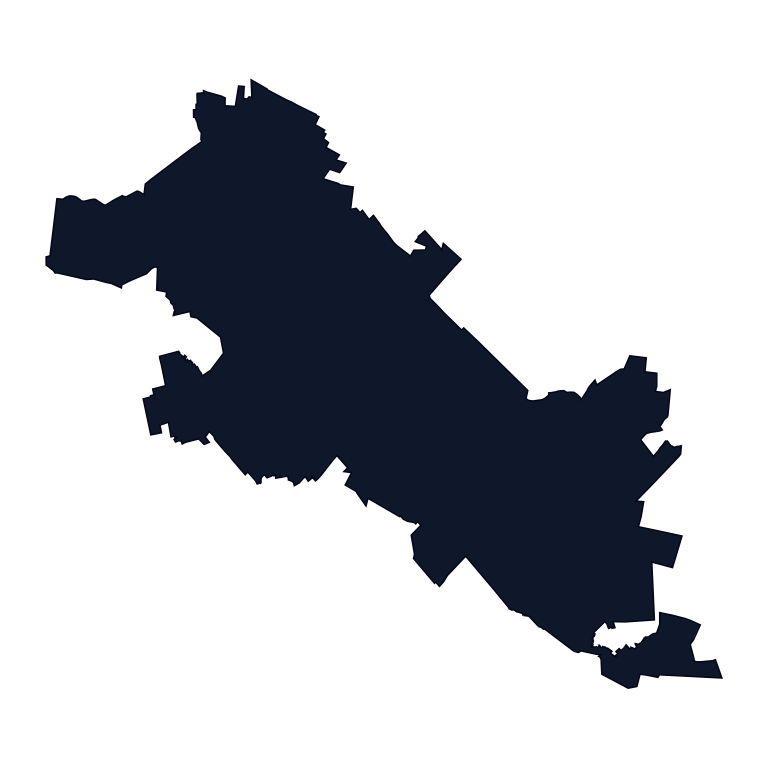 outline of Salto de Agua, Chiapas, Mexico
{"feature_id": "50627088B63649052199970", "entity_name": "Salto de Agua", "entity_type": "district", "adm_level": 2, "iso_a3": "MEX", "parent_name": "Mexico", "parent_adm1": "Chiapas", "projection": "natural_earth1", "projection_center": [-92.162, 17.435], "detail": "fine", "context": "isolated", "style": "filled", "palette": "ink", "viewbox_px": 768, "rotation_deg": 0, "n_neighbors": 0, "source": "geoboundaries", "source_scale": "gbopen_adm2", "svg_char_len": 6082}
<svg xmlns="http://www.w3.org/2000/svg" viewBox="0 0 768 768"><path d="M693.6,639.7L700.3,624.9L689.9,620.2L685.1,618.5L671.9,615.1L659.7,612.6L659.7,624.3L656.5,633.4L655.5,633.3L653.0,633.8L649.3,636.2L649.3,637.0L645.3,637.0L644.9,638.0L644.1,638.0L643.8,639.2L644.7,639.2L643.9,640.0L643.3,639.5L641.1,642.7L638.2,644.3L635.3,643.6L635.5,644.7L636.6,646.6L635.2,649.0L630.8,647.1L630.3,648.9L629.5,648.8L626.1,644.8L624.3,647.6L621.1,650.5L619.1,648.6L615.9,651.6L617.8,653.5L616.2,655.0L617.0,655.7L616.1,656.5L615.3,655.7L614.5,656.3L610.3,652.9L612.0,651.3L607.6,648.1L606.9,648.7L604.9,646.8L604.1,647.6L602.8,646.4L601.2,647.9L600.3,647.0L600.2,646.2L599.4,645.2L598.9,645.2L599.6,646.2L598.7,647.1L598.3,646.8L597.5,647.6L596.6,646.8L595.1,647.2L593.0,646.6L592.2,647.4L591.7,647.2L592.5,646.4L591.7,646.1L592.5,645.4L592.0,645.1L592.9,644.4L592.4,644.0L593.3,641.8L592.5,641.0L593.3,640.3L592.6,639.3L593.0,638.9L592.2,638.1L593.8,636.5L593.2,636.2L593.6,635.4L594.4,635.9L594.8,634.7L594.5,634.3L594.9,633.9L593.5,632.8L605.0,621.5L607.1,624.3L608.1,627.5L608.7,628.5L611.4,627.0L612.0,628.3L615.0,627.7L613.2,621.7L625.3,621.9L654.4,619.9L651.8,562.1L672.5,567.6L682.0,536.0L638.4,526.7L641.1,516.9L643.7,501.7L636.0,501.1L655.0,481.6L678.8,456.5L680.7,454.0L681.3,446.0L680.3,446.7L679.6,446.5L679.7,446.1L679.1,446.4L676.9,446.4L676.5,446.8L675.9,446.7L675.0,447.5L675.0,447.2L674.2,447.2L672.3,446.2L670.7,445.8L670.5,445.0L669.3,444.1L668.6,442.4L667.7,441.5L667.1,440.9L666.4,441.4L665.5,441.0L663.0,444.6L660.3,447.6L658.4,450.6L653.4,456.3L640.6,439.6L644.9,434.9L646.6,433.4L650.3,432.4L659.6,431.0L662.3,430.0L659.7,426.3L661.0,425.0L664.3,419.4L667.3,417.0L667.9,415.7L670.3,389.6L663.4,392.5L655.4,391.4L656.8,386.1L656.8,373.2L645.0,371.8L646.3,357.8L629.8,355.8L624.2,368.9L620.4,369.3L617.6,370.9L596.8,384.9L595.0,380.0L589.4,386.4L587.7,389.1L587.2,390.5L581.2,399.7L580.5,397.9L578.3,395.4L574.2,392.4L570.8,392.1L566.8,392.4L564.1,390.7L562.9,390.6L557.9,391.1L556.5,391.7L551.0,392.7L548.8,392.8L548.5,395.4L545.1,398.2L542.2,399.7L532.8,401.0L529.4,400.5L527.5,399.9L526.1,398.2L527.8,390.5L477.9,341.4L463.7,327.9L461.7,330.1L444.4,313.2L437.3,305.6L430.1,298.4L429.2,295.2L448.5,273.0L461.1,259.3L443.3,243.3L441.8,249.7L424.9,230.8L418.2,236.5L418.0,238.2L415.2,241.6L426.6,246.2L425.3,250.0L413.8,250.2L410.4,256.0L396.9,245.6L393.7,242.5L387.8,234.4L381.1,226.2L379.8,223.9L373.4,215.3L369.1,219.5L362.4,210.3L360.2,212.4L358.7,211.4L358.1,210.3L356.1,208.3L350.6,209.4L353.3,187.0L338.7,184.6L338.9,183.7L323.1,178.7L329.6,169.2L339.7,172.6L346.2,163.1L336.0,159.9L339.4,154.9L326.1,147.4L328.6,142.6L323.4,138.6L326.0,134.0L323.2,132.4L324.7,130.1L315.2,124.7L319.0,116.6L315.8,115.3L316.1,114.5L296.6,104.9L291.8,102.2L286.5,99.9L266.9,89.6L267.1,89.0L251.1,79.8L251.9,97.5L249.1,96.8L247.1,99.1L243.5,98.3L244.2,86.5L238.6,86.0L235.3,106.4L225.0,105.7L225.2,97.9L221.3,96.1L206.7,92.0L203.5,90.6L203.6,92.8L197.2,93.4L197.0,93.7L197.2,104.0L196.1,104.3L196.0,109.7L193.5,109.8L193.6,117.3L195.5,117.7L195.6,118.7L197.1,122.1L198.5,128.0L199.6,130.4L201.3,132.6L200.9,139.4L201.8,141.6L191.8,148.5L176.9,159.7L150.3,179.9L145.3,184.0L144.0,194.6L138.9,191.5L137.0,191.1L126.2,196.8L123.0,196.2L122.4,195.6L114.2,199.8L106.0,204.9L104.9,205.1L103.4,204.6L95.6,199.5L94.6,199.2L91.8,199.4L84.9,201.1L83.0,201.2L81.7,201.0L76.8,197.3L73.9,196.2L72.4,196.0L69.3,195.9L65.5,197.4L63.2,199.2L56.9,198.7L50.0,255.8L46.1,256.9L46.2,265.0L53.2,270.4L55.3,273.1L57.1,272.9L86.3,279.5L93.8,279.0L105.6,282.3L111.2,283.4L121.4,288.0L121.8,284.9L129.7,280.9L146.7,273.6L151.2,269.0L153.8,267.3L155.0,267.0L157.5,267.2L156.7,290.1L166.6,292.0L166.0,296.4L169.8,299.7L171.0,301.6L170.5,302.0L170.7,302.8L173.9,306.1L173.5,306.9L175.1,311.2L174.3,311.6L174.9,313.0L174.0,313.7L173.8,313.4L173.3,315.5L190.0,311.5L190.9,316.7L196.9,318.0L220.5,337.1L223.5,353.2L210.6,370.3L202.2,375.9L201.2,373.1L199.3,370.7L197.5,366.9L196.9,367.6L194.4,364.2L193.6,364.9L192.1,362.8L192.4,362.6L190.3,360.3L189.1,361.3L187.2,359.3L186.2,360.7L184.8,359.1L186.4,356.9L184.7,355.3L183.2,357.5L182.1,356.4L182.5,356.1L178.7,353.0L179.6,352.7L178.6,351.3L159.6,356.3L159.8,358.6L161.3,364.5L165.6,385.7L152.7,389.0L153.9,394.9L150.5,395.7L150.7,396.9L143.2,398.9L150.8,434.9L161.5,432.8L160.0,425.2L168.4,422.2L171.0,436.9L175.2,435.9L175.4,436.3L174.8,436.9L174.9,437.5L176.4,437.6L174.0,439.5L175.6,442.1L178.4,440.9L181.2,441.0L182.2,444.0L185.5,442.3L198.7,438.9L204.2,444.5L209.3,442.3L205.3,437.1L209.2,431.5L213.8,436.2L215.0,439.6L224.3,450.6L230.4,457.0L231.7,459.0L245.2,474.8L247.8,472.0L255.8,481.1L257.2,484.0L259.1,483.3L259.5,482.7L260.4,483.5L260.7,483.3L261.0,482.8L261.0,479.2L261.4,477.9L262.5,476.3L263.7,475.3L265.1,475.2L265.9,476.6L267.1,477.8L271.3,476.2L272.2,475.4L273.9,475.8L274.8,474.8L275.4,474.7L275.7,478.2L287.0,476.2L287.6,476.8L288.2,476.7L288.4,480.0L291.8,481.2L293.0,482.1L293.6,482.9L294.3,485.7L299.3,482.9L303.5,478.1L304.1,477.8L304.7,476.8L305.6,477.1L308.2,481.2L312.0,478.1L312.0,477.0L315.5,480.9L317.5,479.2L320.8,475.6L332.1,461.2L336.9,455.5L347.6,467.8L343.9,471.6L351.6,472.6L345.2,485.0L357.3,492.1L356.7,492.7L366.0,506.0L367.8,499.0L368.3,498.5L399.7,516.7L400.5,515.9L403.3,519.2L407.6,521.3L414.4,522.6L415.7,523.9L417.6,521.7L420.8,525.3L411.2,535.2L414.5,554.4L413.5,558.5L434.5,583.3L435.9,582.2L439.4,586.4L443.5,581.9L447.4,575.5L465.7,556.2L493.4,589.0L509.5,608.6L509.3,608.8L511.5,609.9L511.6,609.6L512.3,610.0L513.6,609.7L516.7,611.8L516.7,610.9L518.6,612.2L522.9,613.6L522.8,614.9L524.1,614.7L524.2,615.5L524.9,615.3L525.0,614.9L525.9,615.3L525.5,615.7L526.8,615.9L526.7,615.5L529.2,616.5L538.6,626.5L541.7,627.6L542.5,628.6L543.4,629.1L544.7,629.1L574.2,651.4L578.5,652.5L581.0,650.9L596.1,654.2L600.4,654.6L598.6,656.3L599.7,656.8L601.1,659.3L601.8,674.2L628.1,688.2L636.9,686.5L640.0,674.3L646.1,675.0L657.9,677.4L659.5,674.8L721.9,678.0L715.4,659.7L712.6,660.7L700.8,661.8L696.7,661.8L694.4,661.2L693.7,657.5L690.3,644.7L690.9,643.3L693.6,639.7Z" fill="#0f172a" stroke="#020617" stroke-width="1.5"/></svg>